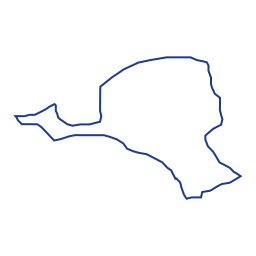 Pukchang, P'yŏngan-namdo, North Korea
{"feature_id": "82179303B65927505203644", "entity_name": "Pukchang", "entity_type": "district", "adm_level": 2, "iso_a3": "PRK", "parent_name": "North Korea", "parent_adm1": "P'yŏngan-namdo", "projection": "natural_earth1", "projection_center": [126.287, 39.559], "detail": "fine", "context": "isolated", "style": "outline", "palette": "blue", "viewbox_px": 256, "rotation_deg": 0, "n_neighbors": 0, "source": "geoboundaries", "source_scale": "gbopen_adm2", "svg_char_len": 1309}
<svg xmlns="http://www.w3.org/2000/svg" viewBox="0 0 256 256"><path d="M15.4,116.1L16.6,117.5L17.9,120.2L21.8,124.2L25.7,124.2L30.9,124.2L37.4,124.3L41.3,127.0L45.2,131.0L49.0,135.1L54.2,140.5L60.7,139.1L68.6,136.5L75.1,135.1L81.6,135.2L94.6,135.2L103.8,135.2L109.0,136.6L116.7,139.3L123.2,143.3L127.1,148.7L133.6,151.4L138.8,152.8L146.6,154.2L154.4,158.2L162.2,162.3L167.3,167.7L171.2,170.4L172.5,173.1L175.5,178.8L176.4,178.5L180.2,182.5L181.5,187.9L184.0,194.7L186.6,198.7L191.8,197.4L195.8,197.4L201.0,197.4L202.3,192.0L210.2,190.7L216.7,186.7L221.9,184.0L229.8,182.7L238.9,177.3L240.6,176.2L236.4,173.3L233.8,171.9L229.9,167.9L224.7,165.1L219.5,162.4L215.6,155.7L213.1,151.7L207.9,146.3L205.3,139.5L205.4,135.5L213.2,128.8L221.1,124.7L222.4,119.4L221.2,115.3L219.9,109.9L220.0,104.5L220.0,97.8L214.8,93.8L212.3,88.4L211.0,84.3L211.0,77.6L208.5,70.9L208.5,65.5L206.7,62.3L203.4,61.4L196.9,60.1L190.4,57.3L178.7,57.3L166.9,57.3L151.3,59.9L138.3,62.6L123.9,69.3L112.1,77.3L100.3,86.7L100.2,92.1L100.1,102.9L100.1,111.0L101.3,116.4L100.0,121.7L89.5,124.4L80.4,124.4L72.6,125.7L67.4,124.3L63.5,121.6L59.6,118.9L58.3,117.6L57.1,113.5L55.8,110.8L55.8,105.5L54.5,104.1L49.3,106.8L45.4,109.5L40.1,112.2L34.9,114.8L29.7,114.8L24.5,116.2L17.9,116.1L15.4,116.1Z" fill="none" stroke="#1e3a8a" stroke-width="2"/></svg>